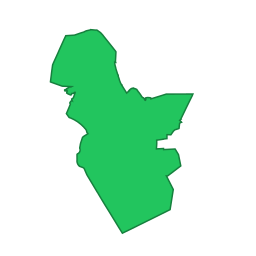 Wierden, Overijssel, Netherlands (Albers equal-area conic projection), rotated 171°
{"feature_id": "6326949B51321432196028", "entity_name": "Wierden", "entity_type": "district", "adm_level": 2, "iso_a3": "NLD", "parent_name": "Netherlands", "parent_adm1": "Overijssel", "projection": "albers", "projection_center": [6.562, 52.343], "detail": "fine", "context": "isolated", "style": "filled", "palette": "green", "viewbox_px": 256, "rotation_deg": 171, "n_neighbors": 0, "source": "geoboundaries", "source_scale": "gbopen_adm2", "svg_char_len": 4861}
<svg xmlns="http://www.w3.org/2000/svg" viewBox="0 0 256 256"><g transform="rotate(171 128 128)"><path d="M169.4,72.0L168.4,69.5L167.9,68.5L167.6,67.6L165.2,61.6L162.6,55.2L159.8,48.6L152.8,31.6L150.0,25.0L134.6,29.7L134.4,29.8L99.2,40.8L92.9,60.2L97.6,74.7L96.3,74.5L81.8,82.3L82.3,93.8L84.4,99.0L84.8,99.9L86.9,100.1L96.2,101.1L96.1,102.2L103.2,102.9L102.8,104.7L102.1,107.8L101.8,109.7L101.6,111.5L95.2,111.4L95.2,111.5L92.8,111.5L91.2,111.4L90.7,114.6L90.5,115.3L88.4,114.9L86.7,114.6L83.7,117.7L82.2,118.8L77.9,119.5L77.7,119.6L77.6,119.8L76.4,124.2L76.4,124.3L76.0,124.7L75.8,124.9L75.7,124.9L75.3,125.1L74.2,125.3L74.6,126.0L74.9,126.4L75.3,126.9L75.8,127.3L75.3,127.8L74.9,128.0L74.2,128.4L74.4,128.6L67.2,139.0L62.2,146.1L59.7,149.6L58.6,151.4L76.6,154.2L79.2,154.6L81.8,155.0L84.3,155.4L85.0,155.5L91.6,154.5L100.8,153.2L100.8,153.3L100.8,153.6L100.7,154.0L100.8,154.1L101.6,154.5L102.5,154.7L103.2,154.9L103.8,155.0L104.4,155.1L105.2,155.0L105.8,155.0L106.0,154.8L106.1,154.7L105.9,154.3L105.9,153.8L105.9,153.6L106.1,153.0L106.5,152.6L106.8,152.7L107.0,153.2L107.0,153.4L107.2,153.6L107.3,153.7L107.3,154.1L107.4,154.4L107.6,154.7L107.7,154.8L107.7,155.0L107.8,155.2L108.0,155.4L108.1,155.5L108.5,155.6L109.0,156.0L109.1,156.3L109.3,156.5L109.4,156.8L109.5,156.9L109.7,157.3L109.8,157.4L109.8,157.6L109.9,157.8L110.0,157.8L110.3,158.7L110.3,158.8L110.4,159.0L110.6,159.4L111.2,160.5L111.9,161.9L112.3,162.3L112.5,163.0L112.7,163.4L113.0,164.1L113.2,164.3L113.4,164.5L113.4,164.8L113.7,165.0L114.3,165.4L114.5,165.5L115.0,165.8L115.2,165.7L116.0,166.1L116.3,166.3L116.2,166.3L115.9,166.3L116.0,166.4L116.6,166.7L116.8,166.5L116.8,166.4L117.0,166.5L117.4,166.4L117.5,166.5L117.8,166.6L118.2,166.5L118.5,166.3L118.6,166.2L118.9,166.2L119.2,166.2L120.7,165.2L120.6,164.8L121.6,164.2L121.4,164.4L121.3,164.5L121.6,164.5L121.7,164.4L121.9,164.0L122.6,163.5L122.8,163.5L123.0,163.4L123.3,163.2L123.8,162.7L124.0,163.0L124.5,164.2L125.5,166.6L127.2,170.6L127.2,171.3L127.4,171.3L127.5,171.3L127.6,171.7L128.0,172.7L128.3,173.6L128.4,174.0L128.6,174.9L128.9,176.2L129.1,178.0L129.6,180.8L129.5,181.0L129.4,181.4L129.4,181.5L129.4,181.8L129.5,182.0L129.8,182.5L130.6,187.8L130.7,188.6L130.7,189.3L130.8,190.1L130.8,190.5L130.9,191.3L131.0,192.0L131.0,192.7L130.9,195.2L130.6,195.2L130.1,195.0L129.9,194.9L130.0,195.7L129.0,200.3L128.0,205.1L128.2,205.7L132.3,213.0L134.3,216.5L137.5,222.1L138.4,223.8L140.2,226.5L143.4,229.6L144.9,229.8L149.5,231.0L149.6,230.8L152.7,230.6L154.1,230.5L156.2,229.9L156.5,229.7L159.0,229.4L166.4,228.1L175.0,228.9L177.6,225.1L183.1,216.7L183.5,216.1L185.6,212.8L191.3,204.2L192.6,202.1L194.9,194.4L195.5,192.2L197.4,185.7L197.2,185.5L186.4,179.6L177.2,177.7L177.7,177.5L178.3,177.5L178.9,177.5L179.0,177.5L179.3,177.6L179.9,177.7L180.1,177.6L180.6,177.3L180.7,177.1L180.9,177.0L181.0,176.8L181.7,176.6L182.4,176.4L182.5,176.3L182.5,176.2L183.0,175.4L183.1,175.5L183.4,175.4L183.4,175.6L183.5,175.8L184.5,175.6L184.7,175.4L184.7,175.2L184.6,174.9L184.6,174.6L184.4,174.5L184.0,174.4L183.8,174.4L183.7,174.4L183.5,174.5L183.4,174.6L183.2,174.4L182.4,174.8L182.3,174.7L182.4,174.2L182.2,173.9L182.6,173.3L182.7,173.2L182.9,172.8L182.9,172.7L183.0,172.3L182.8,172.3L182.7,172.2L182.7,171.9L182.6,171.7L182.3,171.4L182.1,171.2L181.8,171.0L180.2,170.0L180.1,169.9L179.9,169.8L179.4,169.6L179.0,169.6L178.8,169.8L178.5,170.2L178.4,170.4L178.3,170.6L178.3,170.9L177.8,170.9L177.7,170.9L177.2,170.8L176.3,170.8L175.9,171.1L175.8,171.3L175.2,171.4L175.0,171.5L175.0,171.4L174.7,171.2L176.7,167.3L177.5,166.1L179.1,165.4L179.1,165.0L178.9,163.9L179.0,164.0L179.3,163.9L179.6,163.6L179.8,163.6L180.1,163.5L180.4,163.3L180.4,163.2L180.5,163.1L180.5,162.9L180.7,162.7L180.8,162.7L181.1,162.5L181.3,162.4L181.5,161.7L181.5,161.4L181.4,161.2L181.2,160.9L181.2,160.6L183.1,157.4L186.6,151.8L184.5,147.6L183.8,147.2L183.0,146.8L181.7,145.9L180.7,145.2L179.7,144.5L178.3,143.3L177.2,142.4L176.1,141.3L175.1,140.2L174.4,139.5L173.3,138.2L172.2,136.7L171.9,136.4L170.6,134.3L170.1,133.6L170.0,133.3L169.7,132.7L169.4,132.1L169.4,131.9L169.4,131.7L169.4,131.0L169.3,130.8L169.3,130.6L169.1,130.0L168.9,129.6L169.0,129.6L168.5,128.6L169.4,128.2L171.4,127.4L173.0,126.7L173.4,126.5L173.7,126.3L174.1,126.0L174.4,125.8L177.2,120.4L177.4,119.9L177.7,119.1L177.9,118.4L178.7,116.2L178.8,115.7L178.8,115.3L178.7,114.9L178.7,114.6L178.7,114.4L178.7,114.0L178.8,113.4L179.0,112.9L179.2,112.5L179.5,111.9L179.8,111.7L180.0,111.4L180.5,111.0L180.9,110.8L181.2,110.6L182.1,110.3L182.5,109.8L183.3,104.6L183.6,103.1L183.6,102.6L183.6,102.3L183.6,101.9L183.6,101.6L183.5,101.3L183.4,100.6L183.3,100.2L183.1,99.9L183.0,99.5L182.8,99.2L182.7,99.0L182.3,98.5L182.4,98.4L181.8,97.7L179.6,96.5L178.6,95.9L178.2,95.6L178.0,95.4L177.9,95.2L177.6,94.9L177.6,94.6L177.5,94.3L176.0,88.5L175.8,87.9L169.4,72.0Z" fill="#22c55e" stroke="#15803d" stroke-width="1.5"/></g></svg>